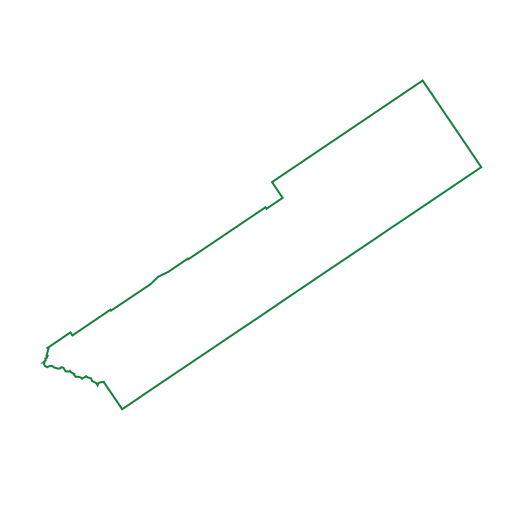 the district of Apache, Arizona, United States of America, rotated 56°
{"feature_id": "52423323B39165499279829", "entity_name": "Apache", "entity_type": "district", "adm_level": 2, "iso_a3": "USA", "parent_name": "United States of America", "parent_adm1": "Arizona", "projection": "mercator", "projection_center": [-109.434, 35.237], "detail": "fine", "context": "isolated", "style": "outline", "palette": "green", "viewbox_px": 512, "rotation_deg": 56, "n_neighbors": 0, "source": "geoboundaries", "source_scale": "gbopen_adm2", "svg_char_len": 1360}
<svg xmlns="http://www.w3.org/2000/svg" viewBox="0 0 512 512"><g transform="rotate(56 256 256)"><path d="M308.3,155.4L308.3,139.9L308.2,131.1L308.3,113.0L308.3,87.8L308.3,84.1L308.3,36.7L308.3,23.7L308.3,19.6L293.4,19.6L287.7,19.6L286.2,19.6L284.4,19.6L283.9,19.6L283.7,19.6L271.9,19.6L271.5,19.6L259.0,19.6L244.7,19.7L217.4,19.7L203.7,19.8L203.7,201.4L222.7,201.4L222.7,220.9L220.9,220.9L220.9,267.6L220.9,294.9L220.8,314.1L220.0,314.1L220.1,337.4L218.5,349.1L220.3,358.6L220.4,360.6L220.3,385.7L220.2,406.7L219.1,406.7L219.2,452.7L215.6,452.6L215.6,480.3L216.7,479.8L221.5,485.4L222.3,484.6L223.5,486.4L223.2,488.0L224.9,488.6L225.3,491.6L225.7,490.7L227.4,492.3L229.2,492.4L231.5,491.2L231.8,488.8L233.2,486.4L235.2,485.9L238.3,483.4L239.7,481.4L239.3,479.6L240.9,478.2L245.2,478.3L247.1,475.9L247.2,474.4L249.1,474.4L252.0,472.6L252.5,473.4L255.4,473.0L256.9,470.6L259.0,469.1L260.5,468.8L260.7,464.0L262.7,463.4L264.9,461.2L268.1,461.8L271.8,459.6L274.6,459.6L273.3,457.8L273.6,456.0L275.2,452.7L308.2,452.6L308.2,439.8L308.1,423.3L308.2,354.1L308.2,346.5L308.2,321.0L308.3,319.0L308.2,317.1L308.3,315.2L308.2,313.3L308.3,295.8L308.3,295.7L308.3,266.9L308.2,256.9L308.2,247.9L308.2,244.4L308.2,241.6L308.2,217.0L308.2,207.9L308.2,207.6L308.3,172.0L308.3,170.8L308.3,165.8L308.3,155.5L308.3,155.4Z" fill="none" stroke="#15803d" stroke-width="2"/></g></svg>